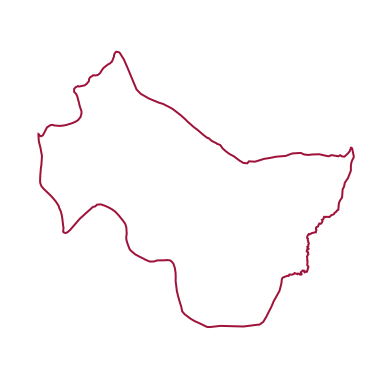 outline of Sandu, Upper River, Gambia, rotated 5°
{"feature_id": "56634734B93657392024497", "entity_name": "Sandu", "entity_type": "district", "adm_level": 2, "iso_a3": "GMB", "parent_name": "Gambia", "parent_adm1": "Upper River", "projection": "robinson", "projection_center": [-14.362, 13.426], "detail": "fine", "context": "isolated", "style": "outline", "palette": "rose", "viewbox_px": 384, "rotation_deg": 5, "n_neighbors": 0, "source": "geoboundaries", "source_scale": "gbopen_adm2", "svg_char_len": 4616}
<svg xmlns="http://www.w3.org/2000/svg" viewBox="0 0 384 384"><g transform="rotate(5 192 192)"><path d="M346.9,134.0L346.5,134.0L345.5,137.8L343.8,140.2L340.8,143.5L338.3,143.5L336.5,142.4L334.7,143.7L332.7,143.5L327.7,143.1L325.3,144.4L323.5,144.4L315.5,143.3L308.1,144.2L305.0,144.9L304.9,144.9L300.5,144.9L297.0,143.6L288.8,144.8L286.1,146.0L282.2,147.9L272.7,149.5L267.0,151.2L261.0,152.7L255.6,154.9L252.1,156.3L246.0,156.5L244.6,158.6L240.8,158.6L236.8,156.7L230.6,152.8L226.1,150.9L222.3,148.6L218.6,145.8L216.0,142.7L212.5,141.7L212.1,141.3L207.2,139.4L203.9,136.9L202.6,136.8L198.6,134.3L191.9,129.5L188.4,127.4L181.1,122.0L179.2,120.3L175.4,117.5L174.4,116.7L165.4,110.9L161.5,109.2L160.7,108.9L158.7,108.1L155.6,106.8L151.2,105.9L140.8,102.6L132.3,98.6L128.5,95.3L127.8,94.7L125.7,90.6L125.5,90.3L117.7,75.3L112.7,66.1L108.0,59.8L106.9,59.1L105.0,58.9L104.2,58.9L103.4,59.8L102.5,61.8L102.4,63.0L102.4,64.4L101.9,65.6L101.4,67.6L100.7,69.3L99.0,71.1L97.0,72.4L94.3,74.9L93.0,76.2L92.0,77.8L91.3,79.1L90.0,81.7L88.0,83.6L85.8,84.3L83.3,84.3L82.6,85.1L80.8,86.4L80.0,87.5L79.6,88.8L79.6,90.7L78.6,92.0L77.8,93.3L76.2,94.7L75.8,95.1L70.3,96.8L69.1,96.4L68.6,96.8L66.8,97.9L65.6,99.6L65.7,100.9L65.8,102.3L66.5,103.2L67.2,103.6L68.2,104.7L69.2,106.4L69.8,107.9L71.6,112.9L71.8,113.5L72.3,115.2L72.8,116.5L74.0,119.3L74.3,119.8L74.8,121.1L75.0,122.4L75.0,124.3L74.6,125.4L74.5,126.9L73.5,128.4L72.4,130.1L70.9,131.4L68.9,132.7L67.5,133.4L65.6,134.3L62.4,135.6L61.4,136.0L58.8,136.8L57.6,137.1L54.4,137.7L49.1,137.7L47.2,137.3L45.2,137.7L41.9,140.3L38.5,148.6L36.7,149.6L35.5,149.2L35.2,149.2L34.7,148.1L34.0,147.7L34.0,148.1L34.9,154.3L35.3,155.8L37.4,161.8L37.9,163.8L39.4,169.2L39.6,178.2L39.6,179.1L39.4,179.7L39.4,183.4L39.4,187.3L39.4,188.6L39.7,194.2L39.9,195.5L40.0,196.1L40.7,197.8L41.7,199.6L44.2,202.0L52.3,208.5L53.4,209.6L54.8,210.9L57.3,213.5L60.3,217.3L61.1,219.5L62.9,222.5L64.4,226.8L65.1,229.6L66.7,237.4L67.1,238.5L67.1,242.8L67.7,243.4L69.7,243.9L71.4,243.0L73.9,240.4L81.4,230.0L82.9,228.0L94.6,215.5L96.8,214.8L98.5,212.9L100.5,212.5L102.5,212.3L103.3,212.5L107.1,213.5L110.6,214.8L114.0,216.3L116.3,217.7L117.3,218.3L121.3,221.9L121.8,222.5L125.0,225.8L125.8,226.6L128.3,229.6L129.6,232.7L129.7,233.5L129.8,233.7L130.1,236.1L130.6,239.1L130.4,242.8L130.9,245.6L131.9,248.2L133.1,250.8L134.6,254.0L135.4,254.9L135.5,255.1L135.9,255.5L138.6,257.5L140.9,259.1L141.1,259.2L145.6,261.1L150.2,262.9L151.2,263.4L154.8,264.6L155.6,264.9L156.6,264.9L160.4,264.5L163.1,263.2L170.8,262.4L171.9,262.3L172.5,262.0L173.5,262.0L176.0,262.0L177.8,263.0L179.7,265.0L181.5,269.1L182.6,273.5L183.1,277.2L183.5,282.6L184.2,285.6L185.7,292.7L186.2,293.8L187.2,297.0L188.9,301.4L189.5,303.0L191.2,306.9L192.6,311.7L195.3,314.4L201.0,318.0L201.5,318.3L205.9,320.4L211.4,322.3L218.7,325.1L221.5,325.0L231.9,322.9L255.1,321.5L268.4,318.6L270.8,318.2L274.3,315.2L277.0,309.6L281.2,299.1L282.9,293.7L284.6,290.0L287.8,282.8L289.0,275.5L289.1,271.2L289.8,269.4L290.2,269.2L290.6,269.0L294.0,267.3L295.7,267.1L296.2,265.7L298.8,265.7L301.0,264.5L301.2,263.8L303.0,264.3L304.2,264.7L304.5,264.1L305.4,264.1L307.0,264.9L307.8,264.9L308.3,264.5L308.3,263.9L307.5,263.2L307.3,262.6L308.4,261.4L309.0,260.6L310.3,260.6L310.6,261.6L311.3,262.2L312.0,261.4L312.3,261.2L312.9,261.6L313.2,261.6L313.6,261.2L313.6,260.9L314.1,258.5L314.1,258.1L314.1,257.4L314.4,257.2L314.4,256.0L313.2,255.0L313.1,251.9L313.2,250.8L312.7,250.2L312.7,248.2L312.4,247.5L312.2,246.1L312.6,245.5L312.7,244.8L313.4,243.8L312.9,243.0L312.9,242.4L312.9,241.9L312.0,241.5L311.5,241.3L311.5,240.5L311.9,238.7L312.9,238.9L313.1,238.4L312.2,237.0L311.7,236.6L312.6,235.8L312.4,234.3L312.8,233.7L312.8,232.7L312.1,231.8L312.1,230.8L311.4,229.6L311.6,228.5L310.7,227.7L310.7,226.8L310.7,226.3L311.0,225.4L311.4,224.6L311.7,224.1L312.0,223.7L312.8,224.0L313.3,223.4L314.3,223.1L315.2,222.3L315.8,222.2L317.0,221.9L318.2,221.3L318.9,221.3L318.9,220.2L319.2,219.6L319.2,218.8L318.7,218.2L318.7,216.5L320.6,215.3L320.8,214.5L320.9,214.1L321.1,213.3L321.6,212.3L322.0,212.3L322.8,212.5L323.6,212.0L324.4,210.2L324.5,209.2L324.0,208.4L324.4,208.3L325.4,207.3L325.4,206.3L325.8,205.2L327.1,205.4L327.5,205.0L329.2,205.0L329.9,204.8L331.1,205.0L331.9,204.0L332.4,203.6L332.7,203.0L334.3,202.3L335.3,201.7L335.7,200.9L335.7,200.5L337.7,198.8L337.8,198.0L339.3,196.9L339.3,191.0L339.5,189.7L340.2,187.6L341.8,184.7L342.0,183.9L341.9,180.2L341.9,179.5L341.8,176.3L343.0,173.4L343.4,169.5L346.2,164.5L346.9,162.0L348.4,157.0L348.0,152.2L348.2,148.7L348.9,146.2L350.0,143.7L350.0,142.1L347.7,134.6L346.9,134.0Z" fill="none" stroke="#9f1239" stroke-width="2"/></g></svg>